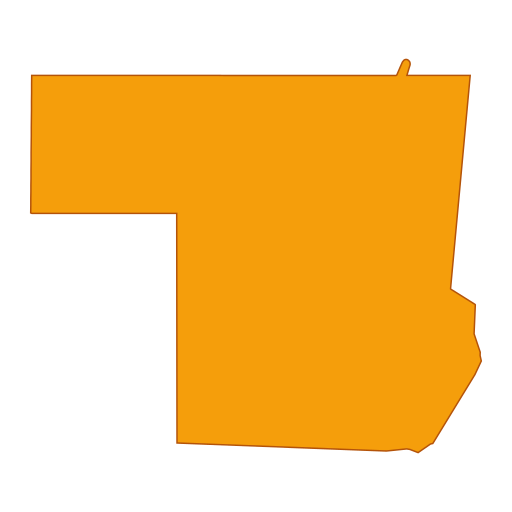 an SVG outline of Northern
{"feature_id": "SDN-878", "entity_name": "Northern", "entity_type": "State", "adm_level": 1, "iso_a3": "SDN", "parent_name": "Sudan", "parent_adm1": "", "projection": "natural_earth1", "projection_center": [29.004, 19.383], "detail": "fine", "context": "isolated", "style": "filled", "palette": "amber", "viewbox_px": 512, "rotation_deg": 0, "n_neighbors": 0, "source": "natural_earth", "source_scale": "10m", "svg_char_len": 1590}
<svg xmlns="http://www.w3.org/2000/svg" viewBox="0 0 512 512"><path d="M406.9,75.4L410.3,75.4L411.9,75.4L417.9,75.4L423.8,75.4L429.8,75.4L435.7,75.4L441.7,75.4L447.6,75.4L453.6,75.4L459.5,75.4L465.5,75.4L470.2,75.4L450.6,288.2L450.6,288.6L450.6,289.0L451.0,289.3L474.9,304.3L475.2,304.6L475.3,305.0L474.1,333.5L474.1,333.9L480.2,352.2L480.1,355.5L481.3,361.0L474.9,374.6L432.8,443.5L430.5,444.0L418.1,452.6L409.8,449.4L406.7,448.9L386.4,451.0L177.0,443.0L176.7,213.4L31.9,213.4L30.7,212.9L30.8,205.1L30.8,198.6L30.9,192.0L30.9,185.4L31.0,178.8L31.0,170.2L31.1,161.6L31.1,153.0L31.2,144.4L31.3,135.7L31.3,127.1L31.4,118.5L31.5,109.9L31.5,101.3L31.6,92.7L31.6,84.0L31.7,75.4L37.4,75.4L43.0,75.4L48.7,75.4L54.3,75.4L60.0,75.4L65.7,75.4L71.3,75.4L77.0,75.4L82.6,75.4L88.3,75.4L94.0,75.4L99.6,75.4L105.3,75.4L110.9,75.4L116.6,75.4L122.2,75.4L127.9,75.4L133.5,75.4L139.2,75.4L144.9,75.4L150.5,75.4L156.2,75.4L161.8,75.4L167.5,75.4L173.1,75.4L178.8,75.4L184.5,75.4L190.1,75.4L195.8,75.4L201.4,75.4L207.1,75.4L212.8,75.4L218.4,75.4L224.1,75.5L229.7,75.5L235.4,75.5L241.0,75.5L246.7,75.5L252.4,75.5L258.0,75.5L263.7,75.5L269.3,75.5L275.0,75.5L280.7,75.5L286.3,75.5L292.0,75.5L297.6,75.5L303.3,75.5L308.9,75.5L314.6,75.5L320.3,75.5L325.9,75.5L331.6,75.5L337.2,75.5L342.9,75.5L348.5,75.5L354.2,75.5L359.9,75.5L365.5,75.5L371.2,75.5L376.8,75.5L382.5,75.5L388.2,75.5L393.8,75.5L396.0,75.5L396.8,75.0L399.6,68.5L399.8,68.0L402.4,62.1L403.9,60.2L405.0,59.6L406.1,59.4L407.2,59.6L408.3,60.2L409.6,61.6L410.1,63.1L410.1,64.8L408.7,69.3L406.9,75.4Z" fill="#f59e0b" stroke="#b45309" stroke-width="1.5"/></svg>